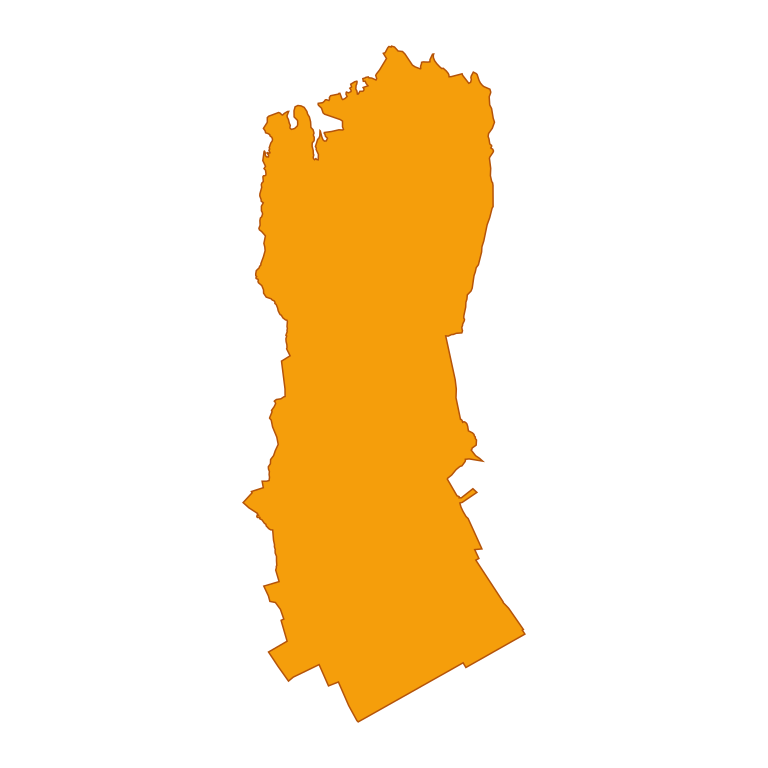 the district of Breaza, Buzau, Romania
{"feature_id": "2599482B77763145054597", "entity_name": "Breaza", "entity_type": "district", "adm_level": 2, "iso_a3": "ROU", "parent_name": "Romania", "parent_adm1": "Buzau", "projection": "equal_earth", "projection_center": [26.528, 45.111], "detail": "fine", "context": "isolated", "style": "filled", "palette": "amber", "viewbox_px": 768, "rotation_deg": 0, "n_neighbors": 0, "source": "geoboundaries", "source_scale": "gbopen_adm2", "svg_char_len": 6026}
<svg xmlns="http://www.w3.org/2000/svg" viewBox="0 0 768 768"><path d="M524.9,634.1L522.3,630.2L523.4,629.5L508.6,608.2L503.1,602.5L503.1,601.8L475.8,560.1L478.9,558.5L474.7,549.6L481.9,548.9L468.1,518.5L466.0,516.5L462.9,511.2L461.0,507.1L459.8,503.0L462.2,502.4L476.9,492.4L472.9,488.7L461.4,497.8L459.1,497.8L459.1,496.6L457.0,495.8L447.3,479.1L447.8,478.1L451.7,475.0L456.1,469.6L459.9,466.5L462.0,465.8L465.0,461.7L465.4,460.7L465.3,459.3L469.1,458.9L482.6,461.1L479.6,458.4L475.6,455.7L471.2,450.1L471.9,449.3L472.1,448.1L476.2,445.1L476.5,440.0L475.3,438.4L475.3,437.0L474.3,435.8L474.0,434.4L472.5,432.9L468.4,430.8L467.7,426.4L466.9,423.9L466.2,423.0L464.7,421.9L463.5,421.8L462.7,422.3L462.0,420.3L461.1,419.4L460.5,419.4L456.0,397.8L456.3,389.0L455.2,379.8L445.7,335.9L448.2,336.1L451.7,334.5L453.2,334.5L456.3,333.3L461.8,332.9L462.3,331.6L462.5,330.4L462.1,329.5L461.8,327.1L462.5,325.7L462.7,324.0L464.3,320.7L464.5,319.2L463.8,318.3L463.8,316.0L465.7,307.1L465.9,302.2L466.9,299.2L467.3,294.9L471.0,291.1L472.2,288.2L474.0,275.7L475.3,271.9L476.2,267.7L478.4,264.8L481.6,252.0L481.9,246.9L483.8,240.9L487.1,224.9L489.7,217.7L492.1,208.2L493.1,206.6L493.0,185.5L492.6,182.8L491.7,181.5L490.4,175.7L490.7,168.3L489.4,158.3L489.9,156.9L493.0,152.4L493.5,151.0L492.8,149.3L490.8,147.9L491.7,146.2L491.5,145.3L490.2,144.4L489.7,143.4L489.0,139.0L488.1,136.4L488.6,133.5L492.3,128.3L494.5,122.2L493.2,118.2L491.6,108.6L489.7,104.9L489.2,96.8L490.7,92.7L490.7,91.8L489.9,89.2L483.9,86.6L482.4,85.4L480.4,83.0L479.1,80.5L477.1,74.5L476.1,73.5L473.3,72.1L471.2,76.1L470.9,77.6L471.3,79.7L470.6,82.3L468.8,83.3L462.6,75.3L462.1,73.8L451.4,76.6L449.1,76.8L448.8,74.7L448.2,73.4L446.3,71.0L443.3,68.3L441.7,68.5L439.8,66.9L436.8,63.7L434.6,60.7L433.4,57.6L433.3,55.4L433.7,54.0L432.5,54.2L430.0,59.6L429.9,61.8L427.8,62.1L423.1,61.9L421.6,62.3L421.5,63.5L420.6,66.3L420.7,68.6L420.1,68.8L415.2,66.9L412.4,65.1L404.9,53.9L402.5,51.5L398.1,51.0L394.5,47.0L391.5,46.1L391.2,47.0L388.9,46.5L387.8,47.7L385.1,52.7L383.3,53.3L386.5,58.5L379.6,69.9L376.5,73.9L375.7,75.4L376.7,78.6L376.0,80.0L371.8,78.1L368.9,77.8L368.3,76.9L365.7,77.4L365.1,77.9L362.8,78.6L363.3,81.3L365.2,81.3L366.1,83.4L368.0,85.8L363.1,87.5L364.0,89.1L363.9,90.1L363.3,90.9L362.7,91.3L359.9,91.3L358.3,94.0L357.4,94.1L356.9,91.0L355.8,89.1L356.1,85.3L356.7,84.2L357.1,81.8L356.8,81.2L354.8,81.7L350.7,84.2L351.6,87.0L349.8,88.2L350.9,89.9L351.2,91.0L350.8,91.7L348.3,92.9L346.6,92.0L346.2,92.3L346.0,94.2L347.1,96.5L345.3,98.3L342.8,99.6L342.0,98.9L339.9,93.3L338.9,93.4L338.4,94.1L330.6,95.7L329.4,97.5L329.5,99.3L328.9,100.5L326.3,99.7L325.3,99.9L324.4,101.2L322.6,102.7L318.2,103.3L318.1,104.4L318.5,105.3L321.5,108.2L323.1,112.9L324.6,114.2L340.3,119.6L342.5,121.1L342.5,126.8L343.5,129.4L342.7,130.0L338.9,129.8L331.5,131.5L324.3,132.5L324.2,133.4L324.9,134.2L325.5,136.4L327.5,138.2L326.3,140.9L324.4,141.1L323.0,139.8L321.9,137.1L320.3,131.0L320.0,130.7L319.8,136.0L318.7,138.5L317.7,139.3L315.4,146.6L316.3,148.0L316.1,149.4L318.4,154.4L318.2,159.8L316.6,159.5L315.9,158.6L314.5,159.7L313.5,158.6L313.2,157.3L313.8,154.9L313.4,154.2L313.2,150.5L312.1,146.2L312.2,143.9L312.3,142.8L313.9,141.0L314.2,140.0L314.2,137.1L313.5,135.9L313.4,134.7L314.0,133.1L313.1,129.8L310.9,127.4L310.6,121.8L309.4,117.0L307.6,114.1L306.9,111.4L304.2,107.4L301.1,105.9L297.9,105.5L295.1,106.8L294.0,110.8L294.1,116.9L297.3,120.2L297.6,120.9L297.7,124.4L297.3,126.0L294.6,128.5L291.5,129.4L290.1,128.3L289.9,127.4L290.3,125.4L289.3,123.2L288.4,119.4L287.4,117.6L287.0,115.8L288.7,111.4L287.5,111.5L284.3,113.4L282.6,115.0L281.7,114.7L280.1,113.1L278.6,112.5L268.7,116.2L267.3,117.6L267.3,122.3L263.4,128.4L265.1,130.8L265.6,132.8L268.1,133.6L269.7,134.6L270.1,136.0L271.8,137.3L272.5,139.1L272.3,140.9L270.8,143.0L269.2,147.8L269.7,149.0L268.9,150.3L270.0,152.8L269.0,153.2L267.4,152.6L266.9,153.0L268.6,155.0L268.4,156.9L266.6,156.9L265.4,155.6L265.1,152.3L264.5,151.1L264.1,151.3L262.8,160.6L265.5,166.3L264.0,168.6L265.5,170.2L266.0,173.9L265.8,175.1L264.9,175.7L263.5,175.8L262.9,176.8L263.3,181.5L261.8,183.1L261.3,184.7L261.7,187.4L259.9,193.8L259.8,195.9L261.1,199.5L261.2,201.2L263.3,202.8L261.4,206.2L261.4,210.8L262.2,212.2L262.6,214.0L261.6,216.9L260.4,218.0L259.9,220.5L260.1,225.2L258.9,228.3L259.4,229.8L261.7,231.6L265.4,235.9L263.9,243.4L264.8,247.1L265.1,250.7L263.4,256.8L260.9,263.6L260.8,265.1L259.6,266.3L259.2,267.8L256.3,270.6L255.7,274.0L255.8,275.8L256.7,276.5L255.9,278.0L256.4,278.7L257.9,279.2L258.3,280.2L258.0,281.4L258.4,282.7L261.8,285.6L263.5,289.8L263.6,293.2L266.2,297.1L271.1,298.8L272.2,300.0L274.2,300.9L275.0,302.3L274.9,303.5L276.2,304.5L277.6,308.0L278.2,310.8L279.7,313.9L280.3,314.7L281.3,315.2L282.9,317.9L285.5,319.9L286.9,320.2L287.4,321.3L287.0,326.6L287.4,328.4L287.0,330.2L287.2,331.6L285.9,335.3L286.7,336.0L285.9,338.8L286.1,341.6L286.9,344.8L287.0,347.7L286.6,348.8L290.1,355.8L281.5,361.1L285.0,388.9L285.1,396.5L283.9,396.8L280.9,398.8L276.4,399.5L274.5,400.9L274.3,401.2L275.2,402.1L275.6,403.7L274.1,406.8L271.5,410.4L272.0,411.3L271.7,412.7L269.6,417.8L269.6,418.3L271.2,420.1L272.6,427.0L276.8,437.1L278.2,444.4L275.3,450.6L273.6,455.6L270.6,459.5L270.4,463.7L268.3,466.8L268.5,469.2L269.4,471.4L269.1,474.5L269.5,477.2L269.1,480.5L266.6,481.2L262.1,481.2L263.3,487.7L251.4,491.5L252.1,492.8L243.1,502.6L249.0,507.9L257.5,513.4L257.2,514.0L258.4,515.2L257.0,515.7L256.8,516.4L257.2,517.3L258.0,517.6L259.5,517.2L259.9,517.4L259.7,518.7L262.0,519.9L264.4,523.3L265.9,524.3L266.2,525.9L268.8,528.7L270.6,529.8L272.7,530.0L273.5,540.1L274.5,544.6L274.4,546.8L275.3,549.6L275.1,550.3L275.2,553.1L276.5,556.3L276.5,560.9L276.8,565.5L276.3,566.2L276.3,567.9L275.7,570.1L279.1,581.6L263.8,586.1L268.4,595.9L269.9,601.4L275.4,602.5L280.4,609.3L283.8,619.1L281.1,620.3L281.3,621.2L287.1,641.2L268.5,652.0L278.0,666.3L288.5,681.1L293.3,677.1L319.1,664.6L328.5,685.9L338.4,682.0L348.7,705.6L356.9,720.6L358.2,721.9L462.4,663.2L463.1,662.8L465.9,667.5L524.9,634.1Z" fill="#f59e0b" stroke="#b45309" stroke-width="1.5"/></svg>